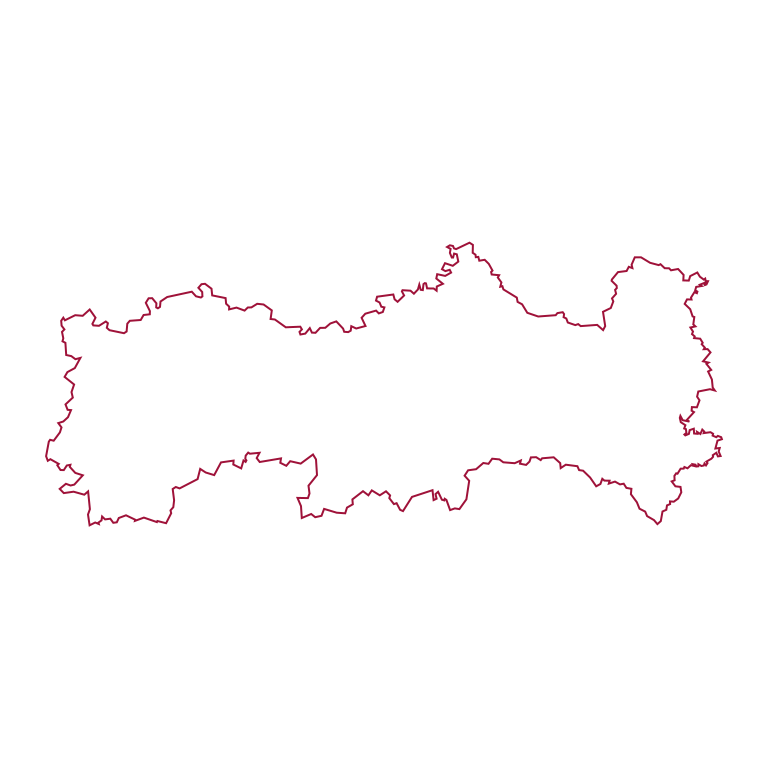 Joe Gqabi, Eastern Cape, South Africa (Robinson projection)
{"feature_id": "47623444B23123045321242", "entity_name": "Joe Gqabi", "entity_type": "district", "adm_level": 2, "iso_a3": "ZAF", "parent_name": "South Africa", "parent_adm1": "Eastern Cape", "projection": "robinson", "projection_center": [27.656, -30.899], "detail": "fine", "context": "isolated", "style": "outline", "palette": "rose", "viewbox_px": 768, "rotation_deg": 0, "n_neighbors": 0, "source": "geoboundaries", "source_scale": "gbopen_adm2", "svg_char_len": 6052}
<svg xmlns="http://www.w3.org/2000/svg" viewBox="0 0 768 768"><path d="M634.8,257.3L631.6,264.7L632.4,268.1L628.8,266.8L626.6,271.0L618.0,272.1L611.9,279.5L611.6,280.8L616.6,285.7L616.8,288.1L615.1,289.9L616.1,293.8L612.0,298.4L613.3,301.4L610.8,308.0L603.0,311.8L605.2,326.1L603.1,330.1L597.2,324.9L580.7,326.1L578.2,324.1L575.3,325.1L567.8,322.5L566.3,318.5L563.6,317.2L564.1,314.1L562.7,312.2L557.4,313.1L555.7,315.2L538.2,316.5L527.3,312.8L522.1,304.3L517.6,301.9L516.8,297.6L503.4,289.4L502.4,286.2L500.3,286.7L501.4,282.4L497.8,277.5L499.1,275.2L491.7,274.5L491.1,272.0L492.5,270.6L488.8,263.9L484.7,259.8L479.3,260.7L478.3,256.9L475.8,257.2L475.5,254.7L472.7,252.8L472.9,244.9L469.5,242.7L456.1,249.1L454.0,248.4L453.0,246.0L449.9,245.3L447.1,247.0L450.6,248.9L449.9,252.9L451.8,257.5L453.1,257.5L454.1,253.6L456.8,254.3L458.3,261.6L452.8,265.8L445.0,263.2L442.0,269.2L445.4,271.1L449.7,269.8L451.1,272.6L445.2,275.9L437.2,274.2L436.3,278.5L442.9,283.8L436.8,286.5L436.6,290.7L433.7,288.5L427.1,288.4L426.0,283.4L424.8,283.1L423.5,284.1L422.8,290.1L420.7,289.8L419.3,284.6L417.9,289.5L413.9,293.7L410.5,290.7L402.5,290.2L401.9,291.4L404.1,295.5L397.6,301.8L394.6,299.3L393.3,294.5L377.1,296.7L376.0,300.6L379.6,302.5L381.3,306.7L384.4,307.4L382.8,312.0L378.8,313.4L376.1,310.6L365.3,313.7L361.6,317.8L365.5,326.0L356.2,328.5L351.3,326.2L350.7,330.7L348.2,332.1L344.2,331.8L343.1,328.6L336.3,321.4L330.3,323.5L325.3,327.8L320.1,327.9L315.5,332.8L311.9,332.6L309.8,328.1L305.3,333.6L300.4,334.5L299.5,331.9L301.9,329.4L300.3,326.7L285.8,327.3L274.9,319.5L270.6,319.0L271.8,310.4L263.6,304.5L257.2,303.8L251.4,307.4L247.8,307.5L244.6,310.6L236.5,307.6L229.1,309.4L229.2,306.6L226.1,303.7L225.6,298.1L212.2,295.4L211.5,288.7L205.0,283.8L201.5,284.2L198.4,287.8L202.2,292.0L202.4,296.4L200.9,297.5L196.0,296.3L191.8,291.7L167.2,297.0L160.5,301.5L160.0,306.9L157.9,308.3L156.2,307.4L156.4,303.3L152.2,298.2L148.6,298.3L145.8,302.8L149.9,311.1L149.8,314.3L143.6,315.0L140.7,320.0L129.8,320.8L127.3,323.7L126.6,331.5L124.0,333.2L109.5,330.2L106.8,327.8L107.9,323.2L105.8,321.5L99.0,325.8L93.3,325.4L92.4,323.9L95.5,317.7L89.7,309.5L82.7,315.8L75.2,315.2L64.9,320.3L63.3,317.7L61.2,320.8L61.6,325.7L64.4,329.4L62.0,331.9L63.3,338.3L62.5,341.3L65.4,342.8L66.2,355.0L71.3,356.1L75.4,359.2L80.4,357.9L74.8,368.1L67.4,372.1L64.6,376.9L74.1,384.5L71.5,392.1L72.8,397.6L65.5,404.4L67.6,409.8L71.0,410.1L68.0,417.2L63.3,421.5L58.3,423.1L61.5,427.4L59.9,432.4L53.7,440.7L50.1,439.8L48.8,441.7L46.1,456.2L47.8,460.8L50.4,459.2L58.7,463.9L57.3,465.2L60.5,470.0L63.8,470.1L66.8,465.5L70.4,464.8L69.8,466.9L75.3,472.9L82.8,475.3L74.3,484.6L70.6,485.5L65.9,483.8L59.7,488.9L63.8,493.1L73.6,491.7L84.3,494.7L88.1,491.4L89.9,509.2L88.0,514.5L89.6,525.3L95.2,522.5L98.8,524.0L98.4,522.6L101.5,520.4L102.1,516.5L105.1,519.4L110.3,518.7L113.3,522.8L116.8,522.3L118.8,518.0L126.0,515.3L135.2,519.7L134.9,520.9L143.9,517.6L156.9,522.1L157.4,521.0L166.1,523.2L171.2,513.2L170.5,510.4L173.3,507.2L174.1,500.3L172.7,489.0L175.8,487.0L179.6,488.4L197.6,479.1L200.2,468.9L205.7,472.5L214.2,475.1L221.0,462.4L233.6,460.6L233.3,464.5L241.2,468.4L243.5,460.5L245.6,461.9L246.4,460.4L245.3,458.8L245.7,455.6L248.2,452.6L249.9,453.7L259.5,452.8L256.7,458.1L259.7,462.0L281.0,458.4L280.3,462.8L286.3,465.8L290.2,461.2L300.7,463.6L313.0,454.5L316.0,459.4L317.0,475.1L308.5,485.7L309.5,493.5L307.9,498.1L297.5,497.9L301.0,506.1L301.8,518.0L311.2,514.0L315.2,517.2L321.5,515.8L324.1,508.9L336.7,512.7L345.2,513.3L347.0,507.6L352.8,504.3L352.4,499.4L363.0,491.2L368.4,495.3L371.8,490.4L379.8,495.3L386.0,491.3L390.1,495.4L389.3,498.1L393.9,504.1L396.6,503.2L400.1,509.8L403.0,511.1L412.0,496.9L432.5,490.2L433.6,500.1L436.6,498.7L435.5,494.1L438.1,491.8L441.9,499.7L444.3,500.4L444.7,498.8L446.4,499.9L450.1,510.1L454.8,508.4L459.4,509.1L466.4,499.3L469.2,480.8L464.6,475.7L468.1,470.3L476.1,469.2L483.3,463.0L488.5,463.8L492.2,458.7L499.4,459.4L503.3,462.3L514.7,463.2L520.8,460.5L520.0,463.7L526.1,464.9L529.5,461.6L530.9,457.4L536.2,457.2L540.7,460.1L542.1,458.3L553.7,457.3L560.2,463.1L560.7,468.1L565.8,464.7L577.4,466.2L579.1,470.1L583.1,470.7L590.1,477.5L596.2,486.3L600.4,484.0L602.3,478.8L604.4,480.6L609.6,480.7L608.8,483.6L615.0,481.6L620.0,484.4L623.7,483.7L626.4,487.9L631.4,488.8L630.9,494.2L636.9,502.3L639.5,508.7L645.2,511.6L647.1,516.1L654.0,520.1L657.4,524.1L660.8,521.1L662.5,511.5L666.3,509.8L667.0,505.4L670.1,504.1L670.0,501.4L673.8,501.7L678.2,498.5L681.3,492.3L680.5,486.9L675.4,486.3L671.7,481.4L674.6,480.3L674.4,475.9L676.2,473.3L677.5,473.7L680.6,468.7L683.7,468.6L684.4,467.0L687.5,468.3L690.9,465.2L693.8,465.9L692.8,464.2L695.5,464.7L696.4,466.5L698.3,466.3L698.4,464.2L701.4,466.0L703.8,465.5L704.5,463.5L706.0,465.4L707.5,463.1L706.4,461.6L711.4,458.7L713.1,456.8L712.8,455.2L716.3,452.8L717.9,456.4L720.6,456.0L718.7,451.5L719.7,448.0L715.4,448.5L717.5,440.6L721.9,439.2L721.2,437.2L717.8,435.9L716.3,437.2L712.6,435.6L713.1,433.8L710.5,432.2L703.7,433.1L704.3,431.6L702.3,429.6L700.4,434.0L697.1,431.9L697.5,433.8L694.1,433.5L693.8,428.7L689.7,430.1L688.9,433.9L685.3,435.4L684.4,434.5L686.4,432.9L685.9,429.1L684.2,428.5L685.4,425.2L680.8,422.2L679.8,417.9L680.4,415.9L682.7,420.2L689.4,421.6L686.8,420.0L694.0,412.1L691.6,410.7L691.9,407.1L696.9,407.3L699.5,400.3L697.1,396.7L698.3,391.5L710.0,389.2L714.8,390.5L712.7,387.5L711.9,379.5L708.1,371.5L711.2,369.9L706.4,363.9L708.5,362.6L703.1,361.3L710.5,352.4L707.6,349.1L703.8,349.2L704.8,347.6L701.7,344.2L702.7,342.8L700.2,338.7L694.1,338.1L694.7,336.4L692.0,334.1L693.0,331.6L690.4,327.5L695.4,326.4L693.3,324.4L694.3,317.0L692.6,316.4L690.2,309.2L684.7,303.9L687.0,299.4L691.5,299.5L691.0,297.6L694.4,292.2L696.9,293.2L697.4,291.6L695.2,290.3L696.2,286.9L701.7,286.0L699.9,284.7L707.1,281.8L704.1,285.4L706.5,284.4L708.0,281.2L705.7,281.1L705.2,278.6L703.8,279.6L699.9,276.7L697.3,272.5L690.2,276.1L688.8,280.6L683.3,280.4L683.6,274.9L678.1,269.0L671.0,270.3L669.1,268.3L664.7,268.2L660.5,264.2L658.7,265.1L650.1,262.8L641.0,257.3L634.8,257.3Z" fill="none" stroke="#9f1239" stroke-width="2"/></svg>